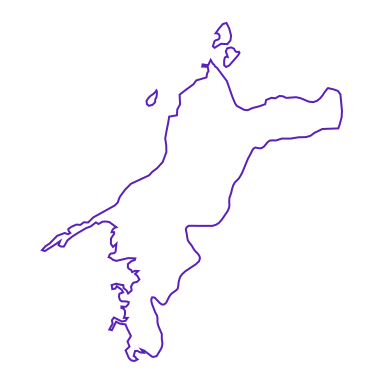 the Prefecture of Ehime
{"feature_id": "JPN-1832", "entity_name": "Ehime", "entity_type": "Prefecture", "adm_level": 1, "iso_a3": "JPN", "parent_name": "Japan", "parent_adm1": "", "projection": "equal_earth", "projection_center": [132.746, 33.592], "detail": "fine", "context": "isolated", "style": "outline", "palette": "violet", "viewbox_px": 384, "rotation_deg": 0, "n_neighbors": 0, "source": "natural_earth", "source_scale": "10m", "svg_char_len": 4176}
<svg xmlns="http://www.w3.org/2000/svg" viewBox="0 0 384 384"><path d="M156.0,356.2L153.7,356.9L152.1,356.7L144.3,350.7L141.3,349.5L143.7,352.8L140.2,352.4L137.2,350.8L135.0,351.1L133.7,356.1L134.9,356.7L136.4,358.5L137.5,359.4L134.4,361.0L131.3,360.4L128.9,358.1L125.6,350.3L129.5,346.6L127.5,341.4L129.9,337.8L130.9,335.9L127.2,328.6L125.5,324.4L119.9,323.7L116.1,321.7L111.9,330.2L109.3,329.5L112.6,323.7L111.9,320.3L113.9,317.5L121.9,321.5L125.5,320.8L127.6,317.9L123.9,317.9L125.0,314.4L125.0,311.1L123.9,308.8L121.4,308.0L121.4,306.5L125.5,306.8L126.3,306.5L127.0,305.7L128.4,304.0L128.8,302.2L126.9,301.5L121.6,301.3L119.9,299.9L118.9,296.7L119.4,293.7L123.1,292.4L121.5,289.6L119.4,288.1L116.8,286.2L115.3,288.6L112.3,289.1L111.6,285.1L116.2,283.7L120.8,284.8L123.3,285.1L123.6,288.1L126.6,290.5L128.1,293.5L131.6,290.5L131.1,286.3L133.2,282.8L137.2,281.8L139.4,279.5L137.3,275.8L135.1,274.0L138.2,271.0L135.1,270.8L132.1,272.1L131.1,270.0L129.2,269.0L127.9,267.6L127.9,264.1L131.6,261.0L134.7,260.1L135.3,258.4L128.3,258.1L116.2,260.9L112.8,259.7L110.8,258.0L108.7,257.2L109.7,254.5L111.0,253.5L114.0,253.2L115.4,252.0L115.7,250.5L116.4,243.7L113.0,246.9L110.9,243.9L111.0,238.4L114.1,233.9L114.1,232.2L111.6,232.2L112.3,230.3L113.4,228.8L114.8,227.8L116.4,227.2L109.2,222.0L105.9,221.5L102.6,221.7L100.6,222.8L98.5,224.0L95.9,222.4L90.6,226.5L86.1,228.1L79.0,232.3L72.7,236.2L67.3,240.5L65.4,244.1L63.8,246.6L60.8,246.5L58.5,245.1L60.1,241.1L53.4,245.7L44.7,251.1L42.0,250.1L45.5,246.2L49.5,243.6L57.2,235.8L64.7,233.0L67.9,234.2L70.3,233.0L68.6,230.9L68.3,229.0L71.2,226.9L76.3,224.6L80.4,224.9L83.8,222.3L88.1,222.5L93.4,217.3L114.9,205.4L117.8,202.4L119.1,198.5L120.2,196.3L125.4,189.3L127.0,187.8L130.9,183.8L149.2,175.3L152.2,171.9L157.1,168.2L162.7,162.0L166.4,152.1L166.2,145.0L165.2,138.4L166.8,129.6L168.1,123.2L169.2,116.6L176.9,115.3L177.3,109.4L180.1,104.3L179.6,94.7L184.8,90.6L193.5,84.2L196.3,80.4L206.5,77.4L207.1,73.4L208.5,71.1L207.8,67.0L204.2,66.6L202.2,66.6L202.6,64.4L205.9,64.9L208.3,65.0L210.7,59.9L212.8,63.7L214.1,64.7L215.0,66.4L216.9,67.7L226.9,81.1L232.0,95.8L233.6,99.9L235.1,103.4L236.8,105.9L240.6,107.9L244.1,109.8L247.7,110.2L252.5,108.0L258.9,106.4L265.2,104.2L266.1,100.0L271.5,97.8L275.3,98.3L279.4,96.0L282.7,96.2L286.2,97.9L296.1,97.2L300.3,98.1L309.0,101.7L313.4,102.1L317.2,100.7L320.2,98.3L322.6,95.3L324.5,92.3L327.2,88.9L328.0,88.1L334.0,89.5L337.9,90.9L340.4,94.3L342.0,111.1L341.6,117.4L339.8,124.1L338.3,128.4L322.4,129.0L314.3,132.9L310.5,135.8L305.9,137.1L298.4,137.3L290.6,138.6L281.7,138.6L275.8,140.5L272.8,140.3L269.7,140.6L267.6,142.2L263.9,146.7L261.5,148.1L259.0,148.3L255.5,147.5L253.5,148.6L252.2,150.5L251.1,152.9L248.0,158.6L242.3,172.4L240.7,175.5L238.8,178.5L234.9,182.4L233.2,185.4L232.0,189.2L231.3,192.5L229.4,198.2L229.2,200.9L229.4,205.5L229.0,207.9L227.7,211.0L221.7,219.8L218.7,223.1L215.9,224.8L212.3,225.9L188.7,225.8L186.7,227.3L185.8,229.3L186.9,234.8L187.3,237.8L187.9,240.5L189.5,242.8L191.2,244.9L192.5,246.9L193.8,249.2L195.4,251.3L197.6,253.4L199.2,255.6L200.0,258.0L199.0,261.3L195.9,264.2L185.4,271.2L182.2,274.1L180.3,276.6L179.3,279.4L178.6,282.4L178.4,285.0L178.0,287.1L177.6,288.9L176.1,290.3L171.3,293.8L169.3,296.5L166.2,302.7L164.3,304.4L162.1,304.6L159.8,303.0L154.7,297.6L152.2,297.3L151.3,299.3L151.4,301.5L152.0,304.0L155.2,312.3L156.7,314.9L157.5,317.6L157.4,320.5L157.6,323.2L158.4,326.1L161.8,334.0L161.8,338.9L162.4,343.2L162.1,345.8L161.4,348.2L156.6,356.2L156.0,356.2ZM221.0,43.8L214.6,47.8L212.9,46.3L214.4,41.4L215.6,40.3L218.5,39.4L219.4,38.2L219.6,35.7L218.8,34.2L217.4,33.4L215.6,33.3L219.1,28.4L222.9,24.0L226.5,23.0L229.2,28.4L231.1,35.7L230.4,40.5L227.4,44.1L221.0,43.8ZM238.0,52.0L239.0,51.8L239.5,52.8L238.1,55.3L229.3,65.4L226.1,67.0L224.2,65.3L224.1,61.1L224.7,57.9L225.7,56.8L226.8,56.8L227.7,57.0L227.2,55.1L225.8,51.6L227.1,48.4L231.1,47.4L234.0,48.7L234.9,50.5L236.1,51.8L238.0,52.0ZM156.4,90.4L156.8,91.0L156.9,93.5L156.6,96.2L156.3,97.6L155.6,98.7L155.2,99.8L155.1,102.2L152.6,104.8L149.0,105.8L146.9,104.2L146.5,101.0L148.2,98.3L150.1,96.3L151.4,95.2L152.1,94.8L153.3,94.0L155.5,91.8L156.4,90.4Z" fill="none" stroke="#5b21b6" stroke-width="2"/></svg>